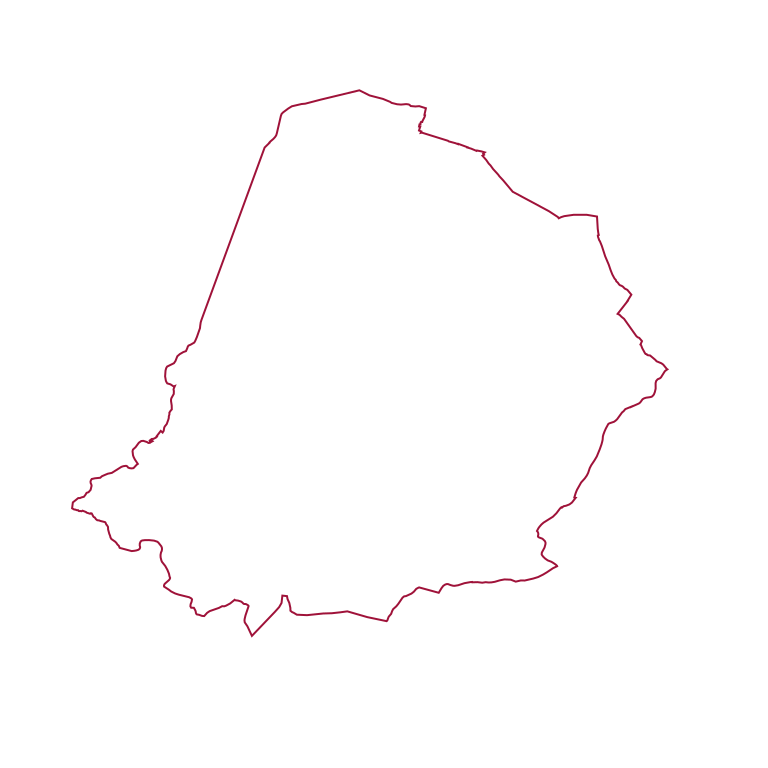 outline of Galapa, Atlántico, Colombia, rotated 15°
{"feature_id": "7082276B48939635057029", "entity_name": "Galapa", "entity_type": "district", "adm_level": 2, "iso_a3": "COL", "parent_name": "Colombia", "parent_adm1": "Atlántico", "projection": "robinson", "projection_center": [-74.884, 10.897], "detail": "fine", "context": "isolated", "style": "outline", "palette": "rose", "viewbox_px": 768, "rotation_deg": 15, "n_neighbors": 0, "source": "geoboundaries", "source_scale": "gbopen_adm2", "svg_char_len": 6165}
<svg xmlns="http://www.w3.org/2000/svg" viewBox="0 0 768 768"><g transform="rotate(15 384 384)"><path d="M235.4,133.6L231.9,134.9L223.1,139.6L220.2,142.7L216.2,147.8L215.2,149.6L215.0,151.7L215.6,169.5L215.5,171.8L214.8,173.8L213.7,175.9L211.5,179.1L210.8,180.4L211.0,180.6L207.5,186.5L191.1,369.2L191.0,371.9L191.4,375.3L191.8,377.7L191.1,387.1L190.5,391.2L190.0,393.1L186.9,396.2L185.2,397.5L184.8,398.7L184.7,400.4L184.2,403.5L181.9,405.1L179.0,408.0L177.2,410.7L176.6,415.8L175.7,418.3L170.0,423.3L169.5,425.1L169.5,427.6L170.6,433.3L172.5,437.4L173.6,438.7L174.5,439.5L177.9,439.6L181.1,440.7L181.8,440.6L182.5,440.1L182.1,442.8L182.2,444.0L182.8,445.0L183.5,448.0L182.3,452.7L182.3,454.0L182.7,455.6L184.5,459.7L185.6,463.5L184.9,464.8L184.1,467.2L184.6,468.9L184.5,470.8L184.9,472.5L184.9,474.3L184.5,478.9L183.3,481.6L183.0,482.9L183.3,486.3L182.7,488.2L180.5,487.1L177.9,493.4L178.3,493.6L177.5,494.9L175.3,496.8L173.9,497.2L172.3,499.3L173.1,500.5L173.7,499.8L175.1,499.0L175.3,499.1L174.1,500.2L173.0,501.5L171.6,501.9L170.1,501.4L166.3,501.2L164.3,501.9L162.4,504.2L160.4,509.3L158.5,512.3L158.5,514.0L160.0,517.8L161.1,519.4L162.9,521.4L166.9,524.9L166.0,526.0L163.8,530.1L162.2,530.8L160.3,531.1L158.6,531.0L157.3,530.0L156.0,529.8L153.4,530.9L151.8,532.0L144.1,540.3L140.5,542.1L138.4,543.7L135.4,546.1L134.2,548.0L129.2,549.9L126.3,551.4L125.8,553.0L125.8,554.3L126.3,555.6L127.3,556.8L127.9,558.0L128.0,562.2L126.6,565.0L124.9,566.1L124.3,568.3L123.3,570.6L121.2,571.8L119.8,572.9L118.2,573.3L114.1,578.9L114.9,584.8L117.1,585.4L118.6,585.2L119.6,585.4L121.3,585.1L121.8,585.6L122.4,585.7L123.5,585.3L124.8,585.2L125.6,584.4L129.3,584.8L129.9,585.2L133.5,585.4L133.9,585.3L134.3,584.7L135.2,584.7L137.5,587.2L138.1,587.6L139.2,587.8L140.7,589.1L142.3,589.8L144.4,589.5L145.3,589.7L150.2,589.6L150.8,589.9L152.1,591.6L153.0,592.1L154.4,593.5L155.2,596.0L157.4,599.8L158.7,601.5L159.5,603.0L160.8,604.3L165.2,605.9L166.8,606.9L168.0,608.0L169.7,608.9L171.1,610.7L183.5,610.7L186.1,609.7L187.8,608.9L189.8,607.6L190.7,606.2L190.7,604.7L189.8,603.1L189.4,601.2L189.7,599.2L190.2,598.3L191.0,597.7L193.2,596.8L197.4,595.6L202.4,594.8L205.8,595.0L207.0,595.5L210.9,598.4L211.8,599.6L212.3,600.9L212.5,602.7L212.2,604.5L212.4,607.0L213.1,609.3L214.6,612.0L215.5,613.2L219.8,616.4L222.8,619.5L225.4,622.9L226.6,625.3L227.6,626.7L227.6,627.5L227.1,629.0L223.9,633.8L223.6,635.4L224.0,636.6L229.5,638.4L232.1,639.5L236.5,640.4L240.4,640.6L251.0,640.4L253.4,641.0L254.3,641.7L254.5,644.2L254.2,646.7L254.5,648.8L255.6,650.0L258.3,649.4L260.4,651.6L261.0,652.5L261.6,653.9L262.3,654.7L262.9,655.0L265.2,654.8L268.2,655.1L270.4,654.7L272.4,650.8L274.4,648.5L282.5,643.0L285.2,640.5L287.2,640.1L288.8,639.0L292.2,635.8L295.6,631.1L296.2,631.4L299.1,631.0L302.1,631.1L303.5,631.6L305.2,632.6L305.9,632.7L307.5,632.3L309.7,632.8L310.6,633.4L310.7,633.8L310.1,643.3L310.2,646.9L310.4,648.4L311.2,650.3L314.8,653.4L321.6,661.5L337.5,632.5L340.5,626.6L341.7,622.0L340.6,614.7L345.2,614.0L346.5,616.7L349.2,620.0L351.5,624.5L352.3,627.2L354.2,628.1L356.1,628.4L359.5,629.4L369.5,627.2L384.7,621.4L393.0,618.9L401.0,615.8L407.4,613.1L428.2,613.5L447.9,612.4L448.4,611.5L448.7,608.1L448.9,607.3L450.4,604.2L450.6,601.4L451.1,599.1L453.4,595.6L454.7,592.7L457.2,585.6L458.4,583.9L460.1,583.2L464.8,579.3L466.6,576.9L468.2,573.5L470.0,571.8L470.6,571.4L472.0,571.4L490.9,571.5L492.4,566.3L493.5,563.6L495.0,561.9L496.4,561.0L497.7,560.7L500.3,561.0L502.9,561.0L504.4,560.7L507.7,559.2L513.2,555.6L518.7,553.0L520.4,552.4L520.6,552.7L525.6,551.2L530.4,550.5L533.5,549.1L536.2,548.7L538.9,547.9L542.2,546.4L546.8,543.6L550.9,541.6L557.1,540.2L562.4,540.8L567.1,538.3L570.8,537.4L578.5,533.3L582.8,530.6L587.0,526.9L590.0,523.8L595.0,518.1L598.4,515.2L598.1,514.8L596.6,514.0L594.1,513.1L591.7,512.4L587.8,512.0L584.8,510.9L582.3,509.5L580.5,508.0L580.3,507.5L580.1,505.9L581.4,500.4L581.4,496.8L581.1,495.5L580.2,494.2L577.6,492.7L576.8,492.4L573.5,492.1L572.4,491.7L572.1,491.2L572.0,489.3L571.6,488.2L571.0,487.3L569.8,486.4L570.5,483.3L571.1,481.7L572.4,479.0L574.0,476.6L581.5,468.5L584.0,464.2L586.2,458.8L587.0,457.4L587.5,457.0L587.9,457.3L589.1,455.6L591.3,454.5L594.3,452.3L596.2,449.9L598.5,444.5L598.6,444.3L597.2,444.3L597.4,439.5L597.8,436.3L599.9,428.1L602.4,423.2L603.6,419.9L604.2,417.1L604.5,412.0L605.2,408.8L607.1,403.2L608.3,398.9L609.3,391.2L609.7,386.1L609.7,383.0L609.6,381.2L609.0,378.0L609.0,375.9L609.3,372.8L609.8,369.6L611.0,364.6L611.8,363.7L615.9,361.0L617.1,359.6L618.3,357.7L621.3,349.9L622.5,348.2L623.6,345.8L629.0,341.7L629.0,341.9L635.2,336.9L636.0,335.9L636.5,334.9L637.7,331.8L639.0,330.5L640.7,329.4L644.5,327.8L645.9,327.0L646.7,325.8L647.4,324.3L647.7,321.7L647.6,318.2L646.1,312.8L646.1,310.6L647.1,308.6L649.0,307.1L649.8,306.0L651.9,299.2L652.2,298.6L653.9,296.5L653.3,296.3L648.7,293.0L646.6,292.2L641.4,291.5L639.9,290.5L633.7,287.6L631.3,287.9L630.5,287.7L630.0,287.2L628.9,287.3L627.8,286.4L624.2,282.6L622.0,279.6L621.5,279.5L622.1,275.8L618.6,273.4L616.9,273.2L615.3,272.4L599.0,258.9L596.2,257.7L593.6,256.2L591.5,255.8L597.8,241.0L597.6,241.0L599.8,233.7L594.7,230.1L591.8,229.5L589.7,228.2L588.2,227.7L586.3,227.5L585.3,227.0L583.5,225.5L581.8,224.7L581.0,223.5L579.4,222.5L576.2,219.1L573.3,215.2L570.3,210.7L564.6,203.4L558.7,194.3L555.6,190.2L554.8,189.6L552.6,186.4L552.1,185.2L552.9,184.5L552.0,182.9L550.3,178.8L546.4,167.1L536.0,168.1L523.6,171.4L514.7,175.2L512.0,176.9L509.9,178.7L508.7,177.7L498.6,174.4L458.6,165.0L446.5,156.5L441.7,153.5L440.1,152.2L433.7,148.1L430.3,145.3L428.1,144.0L424.7,141.1L420.0,138.0L421.3,136.7L420.2,135.9L421.4,134.2L417.9,134.1L413.3,134.4L413.1,134.9L407.2,134.1L403.4,134.0L403.5,133.7L393.6,132.8L393.6,133.2L390.5,132.9L383.8,132.9L382.8,132.5L355.5,131.4L354.5,131.9L354.7,130.4L352.2,130.1L352.4,126.0L351.2,126.2L351.1,124.0L352.0,123.7L351.7,121.9L352.0,121.2L353.1,121.0L353.1,120.1L354.1,115.5L354.1,113.8L353.4,113.7L353.1,106.8L346.1,106.5L342.5,107.8L337.9,108.6L336.3,107.7L335.1,107.6L333.0,107.9L328.1,109.7L324.2,110.4L318.6,110.5L316.9,109.9L309.2,108.9L295.4,109.0L284.2,106.7L249.1,125.8L235.4,133.6Z" fill="none" stroke="#9f1239" stroke-width="2"/></g></svg>